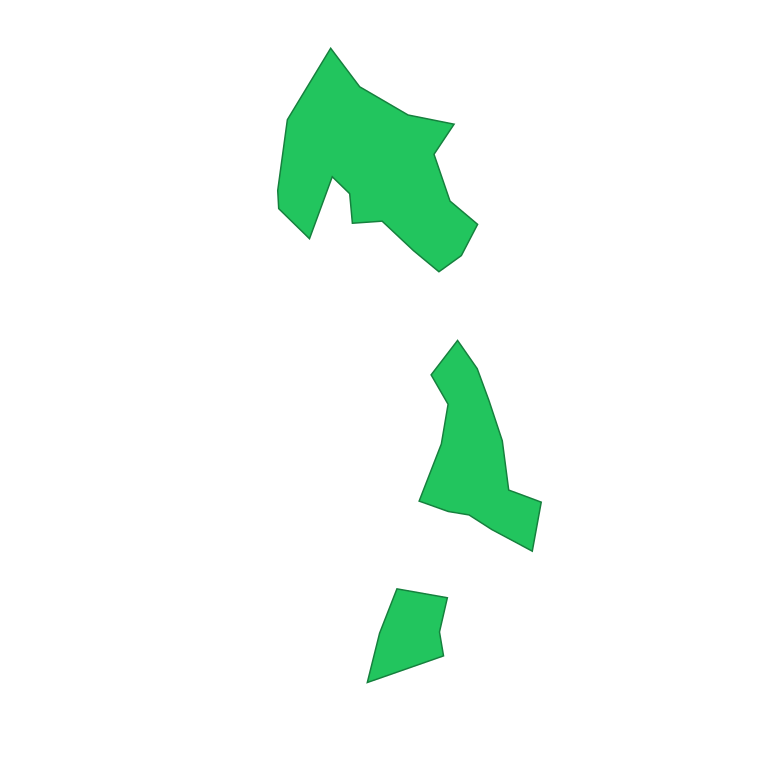 outline of Schaan, rotated 28°
{"feature_id": "LIE-4896", "entity_name": "Schaan", "entity_type": "state/province", "adm_level": 1, "iso_a3": "LIE", "parent_name": "Liechtenstein", "parent_adm1": "", "projection": "robinson", "projection_center": [9.557, 47.13], "detail": "fine", "context": "isolated", "style": "filled", "palette": "green", "viewbox_px": 768, "rotation_deg": 28, "n_neighbors": 0, "source": "natural_earth", "source_scale": "10m", "svg_char_len": 664}
<svg xmlns="http://www.w3.org/2000/svg" viewBox="0 0 768 768"><g transform="rotate(28 384 384)"><path d="M391.7,199.1L392.0,234.3L379.8,259.1L347.4,252.4L305.9,241.1L280.6,256.9L264.4,232.1L241.0,225.3L250.0,290.7L208.7,278.6L199.3,263.0L174.6,196.0L179.3,112.6L223.0,133.0L278.9,135.2L323.9,121.7L320.3,157.7L356.4,191.5L391.7,199.1ZM578.3,414.5L593.4,462.0L547.5,461.9L520.5,459.7L500.6,466.4L470.0,470.9L462.8,410.1L450.1,371.8L421.3,353.8L428.5,311.0L459.1,326.7L484.4,349.3L515.1,378.6L543.9,419.1L578.3,414.5ZM564.2,596.1L509.4,655.4L497.1,606.1L491.6,558.8L540.3,543.0L549.4,576.9L564.2,596.1Z" fill="#22c55e" stroke="#15803d" stroke-width="1.5"/></g></svg>